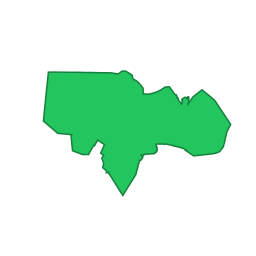 Wierden, Overijssel, Netherlands, rotated 293°
{"feature_id": "6326949B51321432196028", "entity_name": "Wierden", "entity_type": "district", "adm_level": 2, "iso_a3": "NLD", "parent_name": "Netherlands", "parent_adm1": "Overijssel", "projection": "albers", "projection_center": [6.562, 52.343], "detail": "fine", "context": "isolated", "style": "filled", "palette": "green", "viewbox_px": 256, "rotation_deg": 293, "n_neighbors": 0, "source": "geoboundaries", "source_scale": "gbopen_adm2", "svg_char_len": 4691}
<svg xmlns="http://www.w3.org/2000/svg" viewBox="0 0 256 256"><g transform="rotate(293 128 128)"><path d="M166.2,76.3L165.3,73.9L164.9,73.0L164.6,72.2L162.3,66.7L160.0,60.8L157.4,54.7L150.9,38.9L148.3,32.9L134.1,37.3L133.9,37.3L101.4,47.4L95.6,65.4L99.9,78.8L98.7,78.6L85.4,85.8L85.8,96.4L87.8,101.2L88.1,102.0L90.1,102.2L98.6,103.2L98.5,104.1L105.1,104.8L104.7,106.5L104.1,109.3L103.8,111.1L103.6,112.8L97.8,112.7L97.7,112.8L95.5,112.7L94.1,112.6L93.5,115.6L93.4,116.3L91.5,115.9L89.9,115.7L89.8,115.8L87.1,118.5L85.7,119.5L81.7,120.2L81.6,120.3L81.5,120.5L80.3,124.5L80.0,125.0L79.8,125.1L79.7,125.2L79.4,125.3L78.3,125.5L78.7,126.2L79.0,126.5L79.4,126.9L79.8,127.4L79.3,127.9L79.0,128.0L78.3,128.4L78.5,128.6L71.8,138.2L67.2,144.7L65.0,148.0L63.9,149.6L80.6,152.2L82.9,152.6L85.3,152.9L87.7,153.3L88.3,153.4L94.4,152.5L102.8,151.3L102.9,151.6L102.8,152.0L103.0,152.2L103.6,152.5L104.5,152.7L105.1,152.8L105.7,153.0L106.3,153.0L106.9,153.0L107.5,152.9L107.7,152.7L107.6,152.3L107.6,151.8L107.6,151.7L107.8,151.1L108.1,150.7L108.3,150.6L108.4,150.8L108.6,151.3L108.8,151.6L108.9,152.1L109.0,152.4L109.1,152.7L109.2,152.8L109.3,152.9L109.3,153.0L109.5,153.3L110.0,153.5L110.4,153.9L110.6,154.0L110.7,154.3L110.8,154.4L110.8,154.5L111.1,155.0L111.2,155.3L111.3,155.4L111.3,155.5L111.7,156.4L111.7,156.5L111.8,156.6L112.0,157.0L112.5,158.0L113.2,159.3L113.5,159.7L113.7,160.3L113.8,160.7L114.2,161.3L114.3,161.4L114.3,161.5L114.5,161.7L114.5,161.8L114.5,162.0L114.8,162.2L115.4,162.5L115.5,162.7L116.0,162.9L117.0,163.1L117.1,163.3L116.8,163.3L116.9,163.5L117.5,163.7L117.8,163.5L118.2,163.5L118.3,163.6L118.6,163.6L119.0,163.5L119.2,163.3L119.3,163.3L119.4,163.2L119.6,163.2L119.9,163.3L121.2,162.4L121.2,162.2L122.1,161.4L122.1,161.5L121.9,161.6L122.1,161.7L122.4,161.2L123.0,160.8L123.2,160.7L123.4,160.7L123.6,160.5L124.1,160.1L124.3,160.3L124.7,161.4L125.7,163.6L127.2,167.3L127.2,167.9L127.5,168.0L127.7,168.3L128.0,169.3L128.2,170.1L128.3,170.5L128.5,171.3L128.8,172.6L129.0,174.2L129.4,176.8L129.4,177.0L129.3,177.3L129.3,177.5L129.4,177.9L129.4,178.0L129.6,178.3L130.4,183.2L130.5,184.0L130.5,184.6L130.6,185.3L130.6,185.7L130.7,186.5L130.8,187.1L130.7,187.7L130.6,190.1L130.4,190.0L130.0,189.9L129.8,189.8L129.8,190.6L128.9,194.8L128.0,199.2L128.2,199.7L132.0,206.5L133.8,209.7L136.7,214.9L137.6,216.4L139.3,218.9L142.3,221.8L143.6,222.0L147.9,223.1L147.9,222.9L150.8,222.7L152.1,222.6L154.0,222.1L154.3,222.0L156.6,221.6L163.4,220.5L171.4,221.1L173.8,217.6L178.8,209.9L179.2,209.3L181.2,206.3L186.4,198.4L187.6,196.4L189.7,189.4L190.3,187.3L192.1,181.2L191.9,181.1L181.9,175.6L173.4,173.9L173.9,173.7L174.4,173.7L174.5,173.7L175.0,173.7L175.3,173.7L175.4,173.8L175.9,173.9L176.1,173.8L176.5,173.5L176.7,173.4L176.8,173.2L177.6,172.9L178.2,172.7L178.3,172.6L178.8,171.8L179.1,171.8L179.2,172.1L179.3,172.2L180.2,172.0L180.3,171.9L180.3,171.7L180.3,171.4L180.2,171.0L180.1,170.9L179.8,170.8L179.5,170.8L179.4,170.9L179.1,171.0L179.0,170.8L178.2,171.2L178.2,170.7L178.0,170.4L178.4,169.8L178.5,169.8L178.7,169.3L178.7,168.9L178.5,168.7L178.5,168.4L178.2,168.1L178.0,167.9L177.7,167.7L176.2,166.8L176.1,166.7L175.9,166.6L175.5,166.4L175.1,166.4L175.1,166.5L174.9,166.6L174.6,167.0L174.5,167.3L174.4,167.6L174.0,167.6L173.8,167.6L173.5,167.6L173.4,167.5L172.6,167.5L172.3,167.8L172.1,168.0L171.6,168.1L171.4,168.1L171.1,167.9L170.9,167.9L173.0,164.3L173.7,163.2L175.2,162.5L175.1,162.2L175.0,161.1L175.4,161.1L175.7,160.9L175.8,160.9L176.1,160.8L176.2,160.7L176.4,160.6L176.4,160.4L176.5,160.2L176.8,159.9L177.0,159.9L177.2,159.7L177.3,159.6L177.4,159.1L177.4,158.8L177.3,158.7L177.1,158.4L177.1,158.1L178.9,155.2L182.1,150.0L180.2,146.1L179.5,145.8L178.8,145.3L177.6,144.6L176.7,143.9L175.7,143.2L174.5,142.2L173.5,141.3L172.4,140.3L171.5,139.3L170.9,138.6L169.9,137.4L168.8,136.1L168.6,135.7L167.3,133.8L166.9,133.1L166.8,132.9L166.5,132.3L166.3,131.8L166.2,131.6L166.2,131.4L166.2,130.8L166.2,130.6L166.1,130.4L165.9,129.9L165.8,129.5L165.8,129.4L165.4,128.5L166.2,128.2L168.1,127.5L169.5,126.8L169.9,126.7L170.2,126.4L170.6,126.2L170.8,126.0L173.4,121.0L173.6,120.6L173.9,119.8L174.1,119.1L174.8,117.1L174.9,116.7L174.9,116.3L174.8,115.9L174.8,115.6L174.8,115.4L174.9,115.1L174.9,114.5L175.0,114.4L175.1,114.1L175.2,113.7L175.6,113.2L175.8,112.9L176.0,112.7L176.5,112.3L176.8,112.1L177.2,111.9L177.9,111.6L178.3,111.2L179.1,106.4L179.3,105.0L179.3,104.6L179.4,104.2L179.3,103.9L179.3,103.6L179.3,103.3L179.1,102.7L179.0,102.3L178.9,102.0L178.8,101.7L178.6,101.4L178.5,101.2L178.1,100.7L177.7,100.0L175.6,98.9L174.7,98.4L174.4,98.1L174.2,97.9L174.0,97.7L173.8,97.4L173.8,97.2L173.7,96.9L172.3,91.5L172.2,91.0L166.2,76.3Z" fill="#22c55e" stroke="#15803d" stroke-width="1.5"/></g></svg>